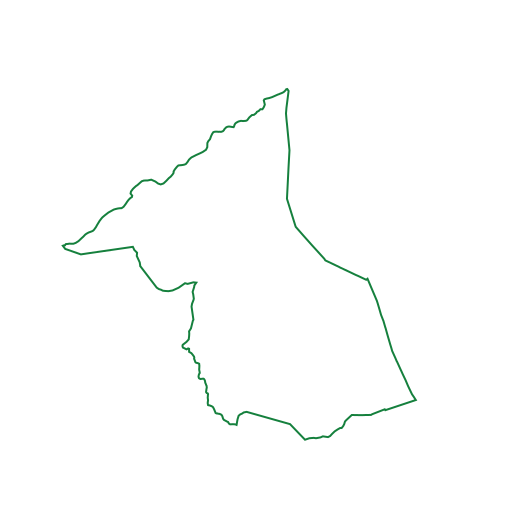 the district of Venus, Anse-la-Raye, Saint Lucia, rotated 194°
{"feature_id": "8701671B61834764030996", "entity_name": "Venus", "entity_type": "district", "adm_level": 2, "iso_a3": "LCA", "parent_name": "Saint Lucia", "parent_adm1": "Anse-la-Raye", "projection": "mercator", "projection_center": [-61.013, 13.912], "detail": "fine", "context": "isolated", "style": "outline", "palette": "green", "viewbox_px": 512, "rotation_deg": 194, "n_neighbors": 0, "source": "geoboundaries", "source_scale": "gbopen_adm2", "svg_char_len": 5921}
<svg xmlns="http://www.w3.org/2000/svg" viewBox="0 0 512 512"><g transform="rotate(194 256 256)"><path d="M234.0,87.4L234.0,87.7L234.2,90.0L234.4,93.2L234.2,96.8L233.0,98.5L231.4,99.7L230.1,101.2L227.4,102.5L182.3,101.1L164.0,89.6L160.1,92.1L156.0,93.5L153.7,93.7L149.5,95.6L147.5,97.2L145.4,97.4L142.3,97.7L140.5,99.3L139.2,101.7L137.2,104.9L134.8,107.5L132.8,109.4L132.3,109.6L131.3,109.8L130.2,112.2L129.7,114.5L129.7,115.7L129.6,117.0L128.7,118.6L124.6,124.9L115.5,127.0L112.6,127.8L110.7,128.4L110.1,128.5L106.0,129.6L105.0,130.6L94.0,138.4L93.2,137.7L66.1,154.9L68.6,157.3L71.2,159.6L75.0,164.2L76.9,166.5L80.9,171.8L85.1,176.9L86.2,178.3L87.3,179.7L87.5,179.9L93.6,187.6L93.9,187.8L96.0,190.6L100.9,196.8L102.5,199.6L104.5,202.9L105.6,204.8L109.1,210.8L112.9,217.5L113.2,217.9L116.8,224.1L117.0,224.3L120.4,229.1L123.3,234.1L126.6,239.7L127.9,241.8L142.3,260.9L143.3,259.6L144.4,259.8L150.3,261.0L152.3,261.4L154.3,261.7L156.8,262.2L157.7,262.4L163.6,263.6L172.3,265.3L172.8,265.5L173.3,265.6L174.7,265.9L175.4,266.0L176.3,266.2L187.6,268.5L187.9,268.7L189.0,269.8L204.3,280.0L215.0,287.3L224.5,293.9L225.4,295.3L239.8,319.0L243.1,335.8L245.9,350.0L249.1,366.7L258.0,391.9L258.6,393.5L259.7,396.6L261.4,401.6L261.9,404.7L262.3,407.1L264.3,424.0L265.7,425.3L266.1,425.6L267.0,425.1L267.1,424.6L267.9,423.1L268.7,421.9L269.7,420.9L271.3,419.7L271.5,419.6L272.6,418.8L272.9,418.5L273.9,417.9L277.6,415.0L278.9,414.0L281.5,412.4L283.4,411.5L283.8,411.3L285.7,410.1L286.1,408.9L285.2,407.2L284.1,405.1L284.1,404.8L284.4,402.5L284.9,400.9L285.3,399.9L287.2,399.5L288.5,397.3L289.9,396.2L290.5,394.6L292.1,392.5L294.1,391.7L296.0,388.9L296.6,387.5L297.2,386.0L297.8,385.2L298.1,385.0L298.4,384.8L299.1,384.5L300.4,384.1L301.2,383.8L303.3,383.5L305.5,382.3L305.9,382.0L306.4,381.4L306.9,381.1L308.0,379.8L308.1,379.6L308.3,379.0L308.4,378.7L308.5,378.5L308.6,377.7L308.6,376.9L308.9,375.6L310.5,375.4L311.9,375.3L313.6,375.1L314.7,374.6L315.1,374.4L316.0,373.7L317.0,372.0L317.3,371.5L317.6,370.3L318.1,369.4L318.3,369.1L318.7,368.8L319.6,368.2L320.0,368.0L321.6,367.7L322.6,367.4L323.9,367.2L324.9,367.0L326.5,366.4L327.4,365.8L328.1,363.8L328.6,361.3L328.6,361.1L328.9,358.2L330.1,355.8L330.5,354.0L330.5,353.8L329.6,349.8L330.2,347.0L332.9,344.0L335.3,342.0L338.6,339.4L341.0,337.3L342.2,336.3L342.9,335.5L344.3,333.3L344.8,331.8L345.2,330.6L346.2,328.5L346.4,328.2L347.5,327.4L348.7,326.8L350.4,326.1L350.8,325.9L351.1,325.9L351.3,325.8L353.2,325.1L353.9,324.1L354.5,323.0L355.8,320.2L356.0,319.4L356.1,319.0L356.4,318.2L356.1,316.7L356.3,316.0L356.6,315.1L357.1,314.1L358.0,312.3L359.4,310.5L361.1,307.4L363.3,304.0L365.8,302.4L368.5,302.6L371.6,303.9L376.1,304.7L379.4,303.1L380.9,302.7L383.0,302.1L384.9,300.9L386.1,299.2L388.2,296.1L389.3,294.9L390.6,293.0L391.7,291.2L392.9,288.3L392.8,286.2L390.7,284.6L390.7,283.1L391.8,282.0L393.1,279.9L394.1,277.6L395.0,275.0L396.4,271.7L398.0,269.9L400.0,269.3L401.7,268.6L403.8,267.5L405.3,266.6L407.0,265.0L409.7,262.5L412.6,258.8L414.4,256.3L415.1,254.9L416.3,252.1L417.7,247.6L418.3,245.3L419.6,242.1L420.5,240.8L422.0,239.7L424.1,238.3L425.8,236.7L426.9,235.4L428.3,232.9L429.2,231.6L431.9,227.4L434.1,225.1L436.2,223.7L437.8,223.3L440.2,222.8L441.2,222.3L441.8,222.1L443.3,221.6L443.5,221.3L443.7,220.9L443.9,220.2L444.9,219.9L445.9,219.2L442.8,216.7L441.5,216.6L426.3,215.2L418.1,218.6L377.7,235.1L375.5,232.4L372.2,230.4L371.7,227.2L367.3,221.7L366.1,218.9L366.0,218.3L344.7,201.3L342.2,200.4L340.1,200.3L338.0,199.8L335.7,200.1L332.4,200.7L328.6,202.4L323.4,206.5L318.3,212.4L315.6,212.4L310.4,215.3L307.5,215.7L308.7,212.5L308.5,211.0L308.8,205.8L307.6,203.5L306.0,199.5L306.0,198.2L306.5,194.2L306.3,191.3L301.3,179.0L301.6,178.0L301.6,170.0L302.7,166.7L302.0,164.6L301.5,162.0L301.1,158.8L302.7,155.8L305.6,152.1L305.6,150.9L304.8,149.5L300.8,148.6L299.5,149.9L298.5,149.8L297.7,146.8L295.2,146.1L293.6,144.9L291.8,143.4L291.3,142.5L291.2,141.3L290.8,140.8L289.1,138.3L288.7,138.1L288.1,137.9L287.1,138.0L285.9,137.9L285.1,137.7L284.9,137.2L284.5,136.1L284.3,135.6L284.3,135.3L284.1,134.4L284.0,133.9L283.9,133.6L283.9,133.1L283.8,132.8L283.7,132.2L283.4,131.4L283.0,130.6L282.8,130.2L282.7,129.8L282.5,129.5L282.3,128.9L282.3,128.7L282.5,128.3L282.6,127.9L282.7,127.0L282.7,126.5L282.7,126.2L282.6,125.5L282.6,125.1L282.5,124.8L282.3,124.5L281.9,123.9L281.7,123.6L281.1,123.4L280.5,123.3L280.1,123.2L279.4,123.5L278.9,123.7L278.1,124.0L277.7,124.2L277.1,124.2L276.8,124.1L276.4,123.8L276.2,123.6L275.8,123.2L275.6,122.9L275.3,122.5L275.1,122.0L274.9,121.6L274.8,121.3L274.6,120.8L274.4,120.6L274.1,120.1L273.5,119.4L273.4,119.1L273.0,118.6L272.8,118.4L272.5,118.0L272.4,117.7L272.2,117.1L272.1,116.8L271.9,116.3L271.9,115.9L271.9,115.4L271.9,115.1L271.8,114.2L271.7,113.6L271.7,113.2L271.7,112.8L271.5,111.9L271.2,111.6L270.6,111.1L270.0,111.0L269.6,111.0L269.3,110.7L269.2,110.5L269.0,109.9L269.0,109.5L269.0,109.1L268.9,108.8L268.7,107.8L268.7,107.4L268.4,106.4L268.3,106.1L268.1,105.7L268.0,105.3L267.8,104.9L267.7,104.6L267.6,104.3L267.6,104.0L267.5,103.6L267.5,103.1L267.4,102.4L267.3,101.8L267.2,101.4L266.9,100.7L266.6,100.1L266.4,99.7L266.1,99.7L265.5,99.7L265.2,99.8L264.5,99.8L264.2,99.7L263.9,99.7L263.5,99.6L262.9,99.6L261.4,99.1L261.2,98.9L260.9,98.7L260.3,98.0L259.7,97.3L259.0,96.4L258.7,95.9L258.1,95.2L257.4,94.1L257.2,93.9L256.3,93.7L256.1,93.7L255.8,93.8L255.4,93.9L254.8,93.8L253.1,94.0L252.6,93.9L252.0,93.8L251.5,93.7L251.3,93.6L251.0,93.4L250.9,93.3L250.6,93.2L250.4,93.0L250.2,92.7L249.8,92.3L249.7,92.0L249.5,91.7L249.4,91.5L249.2,91.2L249.0,90.9L248.8,90.5L248.6,90.3L248.3,89.9L248.1,89.7L247.4,89.2L246.8,89.1L246.5,89.0L246.2,88.9L245.9,88.8L245.3,88.7L244.3,88.4L243.9,88.3L243.4,88.2L243.0,88.2L242.8,88.0L242.3,87.5L242.1,87.2L241.8,86.9L240.4,86.4L240.1,86.5L239.4,86.7L238.7,86.9L238.1,87.1L236.8,87.4L236.3,87.5L236.0,87.5L235.6,87.6L234.9,87.6L234.6,87.5L234.0,87.4Z" fill="none" stroke="#15803d" stroke-width="2"/></g></svg>